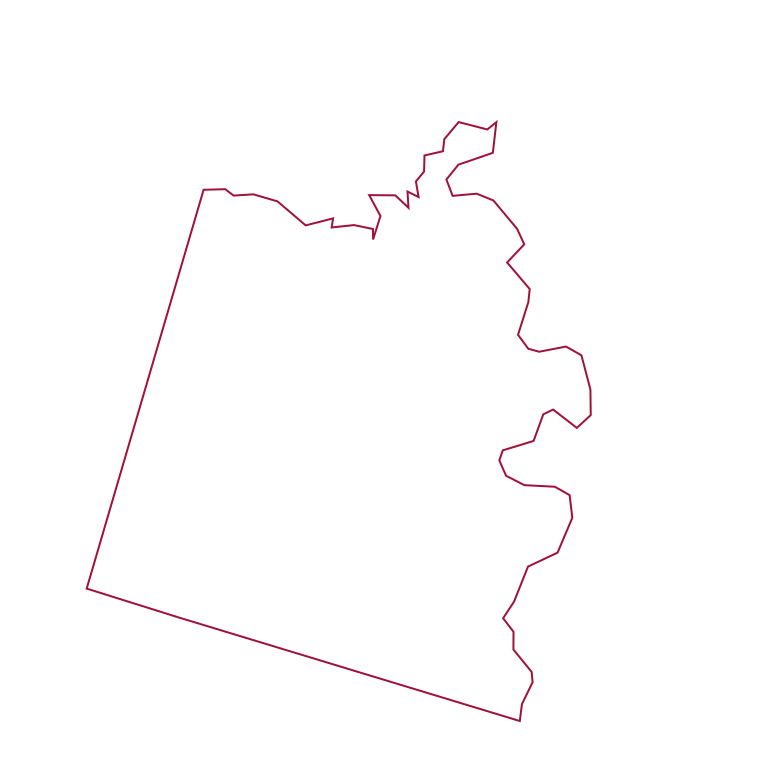 Carroll, Missouri, United States of America (Mercator projection), rotated 287°
{"feature_id": "52423323B35282580244163", "entity_name": "Carroll", "entity_type": "district", "adm_level": 2, "iso_a3": "USA", "parent_name": "United States of America", "parent_adm1": "Missouri", "projection": "mercator", "projection_center": [-93.364, 39.411], "detail": "fine", "context": "isolated", "style": "outline", "palette": "rose", "viewbox_px": 768, "rotation_deg": 287, "n_neighbors": 0, "source": "geoboundaries", "source_scale": "gbopen_adm2", "svg_char_len": 970}
<svg xmlns="http://www.w3.org/2000/svg" viewBox="0 0 768 768"><g transform="rotate(287 384 384)"><path d="M101.4,159.5L100.7,257.0L101.4,612.4L118.2,609.5L142.2,613.3L151.8,609.4L167.9,585.4L184.9,580.3L194.8,566.4L213.9,572.0L251.5,575.1L273.5,599.3L311.1,603.2L332.0,594.0L335.7,577.4L328.3,547.8L331.9,527.6L344.7,516.6L355.3,517.0L373.3,543.7L401.6,545.2L409.0,553.2L398.4,581.2L414.7,590.8L439.1,583.0L469.2,564.4L473.0,547.1L460.2,522.9L459.9,511.7L470.2,497.8L504.5,498.1L517.4,495.6L536.2,466.2L558.6,477.3L571.3,465.9L591.5,435.0L593.1,417.0L584.0,394.6L597.8,383.9L615.5,391.0L636.9,420.5L667.3,414.9L657.6,408.4L656.3,378.8L635.8,370.1L623.8,372.3L614.4,355.9L598.9,360.2L587.0,355.3L572.9,362.4L574.9,350.2L559.7,355.9L567.7,339.7L560.3,314.6L543.6,331.5L519.0,331.3L529.0,328.1L527.2,308.8L518.4,288.2L527.5,286.9L512.8,262.7L527.5,228.8L527.2,203.7L520.2,185.1L523.9,175.3L517.0,154.7L101.4,159.5Z" fill="none" stroke="#9f1239" stroke-width="2"/></g></svg>